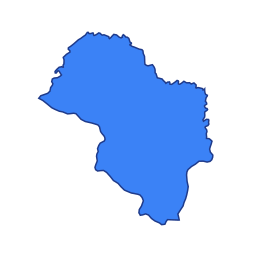 outline of St. John River City, Grand Bassa, Liberia, rotated 81°
{"feature_id": "62588387B7916938294123", "entity_name": "St. John River City", "entity_type": "district", "adm_level": 2, "iso_a3": "LBR", "parent_name": "Liberia", "parent_adm1": "Grand Bassa", "projection": "orthographic", "projection_center": [-10.036, 6.04], "detail": "fine", "context": "isolated", "style": "filled", "palette": "blue", "viewbox_px": 256, "rotation_deg": 81, "n_neighbors": 0, "source": "geoboundaries", "source_scale": "gbopen_adm2", "svg_char_len": 3678}
<svg xmlns="http://www.w3.org/2000/svg" viewBox="0 0 256 256"><g transform="rotate(81 128 128)"><path d="M84.7,211.5L87.5,207.8L92.1,203.6L96.0,200.2L98.1,197.3L100.7,193.2L101.9,189.9L104.6,185.5L104.8,182.8L104.9,179.4L105.7,177.2L108.7,175.2L112.1,173.0L114.9,169.2L117.4,163.0L118.8,160.1L120.2,157.3L122.3,156.0L127.2,155.6L127.7,155.4L129.7,154.4L131.8,153.1L133.3,152.5L135.5,152.4L137.1,153.4L138.6,157.8L140.2,159.2L140.5,159.5L143.6,161.3L146.5,161.1L148.9,162.8L151.0,163.5L155.7,163.5L159.5,165.7L161.7,166.8L164.1,166.5L165.1,165.4L165.7,164.8L165.8,161.8L166.1,158.8L168.5,156.1L173.1,153.1L177.6,150.6L179.0,148.9L181.2,146.4L185.1,144.0L188.7,141.3L189.5,140.1L190.0,139.3L192.7,134.9L193.8,131.8L194.4,130.3L194.9,128.8L196.1,126.6L198.9,124.9L202.3,124.2L207.2,126.9L210.3,129.6L213.5,130.5L215.9,129.5L216.1,129.5L216.1,127.1L215.6,124.0L217.2,121.3L221.0,119.0L224.0,116.0L226.7,111.7L228.7,109.9L228.8,107.9L228.8,106.6L226.2,104.9L224.7,103.3L225.3,100.3L226.5,94.3L226.9,92.1L226.9,91.8L224.5,91.9L220.7,92.2L217.1,89.0L213.6,85.8L210.5,84.4L208.4,83.1L207.4,82.5L207.2,82.3L203.3,80.5L198.9,78.8L195.3,77.7L189.9,78.0L183.5,77.5L180.6,76.7L178.4,75.2L175.9,71.2L174.3,67.2L171.9,63.0L172.1,61.9L172.5,58.9L174.0,55.2L173.8,52.2L172.5,50.3L172.4,50.2L170.2,49.0L170.0,48.9L168.2,48.5L167.9,48.5L165.1,50.2L164.9,50.4L161.8,50.7L161.6,50.7L159.6,49.8L159.4,49.7L156.6,48.2L154.5,47.3L154.3,47.1L154.1,47.1L152.3,48.5L151.2,49.6L150.6,52.1L148.8,51.7L148.7,51.7L147.9,51.7L147.7,51.7L145.6,51.5L144.0,50.6L142.1,50.6L140.6,51.4L139.3,51.8L138.7,51.2L138.1,48.7L136.8,47.5L135.2,47.6L133.2,47.0L132.2,47.1L131.7,49.2L133.1,52.4L132.7,52.5L131.6,52.7L130.1,51.4L129.2,50.6L127.3,50.1L125.6,50.0L124.2,49.7L123.7,48.8L122.8,47.0L122.2,46.5L121.1,46.9L120.5,48.3L118.9,49.0L118.1,49.0L117.4,48.1L116.8,46.6L115.8,46.4L114.8,46.7L113.8,47.4L111.5,46.6L110.1,46.0L109.1,44.9L108.1,44.5L107.0,46.0L105.1,46.5L102.9,46.4L101.5,46.2L101.7,46.4L102.2,47.9L100.8,48.1L100.0,49.9L99.0,52.5L99.2,54.4L98.8,54.7L97.4,54.2L96.1,54.0L95.6,54.4L93.8,55.8L94.4,58.7L92.9,60.1L92.8,61.5L92.5,63.2L91.6,64.3L91.2,64.7L90.6,65.5L92.1,68.1L92.9,70.2L92.5,71.0L92.3,71.3L91.5,71.2L89.8,70.8L89.2,71.1L88.7,72.1L89.8,73.9L91.4,77.2L91.7,78.4L91.2,79.8L89.7,79.6L89.0,79.8L88.9,81.8L89.8,83.6L88.7,84.1L86.6,85.7L85.2,86.5L84.9,86.7L83.9,89.0L83.0,91.2L78.8,91.8L77.7,92.6L75.2,92.2L73.9,92.2L72.1,92.6L71.7,92.8L70.6,93.3L70.0,93.6L69.3,94.0L69.4,95.5L69.7,98.5L69.0,100.0L67.6,101.3L64.8,101.1L63.5,100.9L59.8,100.5L56.7,101.3L55.3,101.2L54.0,101.2L52.8,102.0L52.0,104.2L51.8,104.7L48.9,109.4L48.1,111.1L46.3,113.1L45.8,113.0L45.4,111.5L44.5,111.4L43.4,112.6L42.7,112.7L40.6,113.0L39.6,113.2L38.2,114.5L37.8,116.0L36.1,117.0L35.1,118.1L36.6,119.5L37.5,119.5L37.9,120.8L36.9,122.5L34.3,124.7L33.3,127.4L34.8,129.4L36.0,130.8L36.8,132.3L36.1,132.7L34.8,132.7L34.3,133.5L33.0,135.7L32.2,137.1L32.2,139.0L31.0,140.1L30.1,140.7L29.5,142.0L30.1,143.2L30.7,144.5L31.2,146.0L31.3,147.1L30.7,147.4L29.1,147.5L28.6,147.7L28.9,150.7L28.5,151.9L27.4,152.2L27.2,153.2L28.4,154.4L29.6,155.6L30.4,157.4L32.1,160.6L32.6,161.9L33.1,163.2L36.4,168.4L37.7,170.7L38.5,172.2L39.4,174.3L40.8,174.7L42.7,173.3L44.0,173.5L45.6,177.3L46.9,179.1L47.1,179.4L48.1,180.9L49.1,180.8L50.5,180.5L52.4,180.8L54.7,181.3L55.8,182.3L57.4,182.4L57.7,182.4L57.5,183.4L57.0,184.0L57.2,184.9L57.2,186.5L59.0,189.2L60.7,191.2L62.2,191.3L62.5,190.5L62.0,189.7L61.3,189.2L60.5,188.1L61.2,187.1L64.0,186.0L64.8,185.6L65.2,185.4L66.1,186.6L67.3,189.8L67.1,193.2L67.8,195.1L70.3,196.1L72.4,195.3L73.8,195.9L76.0,198.1L79.4,199.3L81.2,201.9L82.5,209.1L84.7,211.5Z" fill="#3b82f6" stroke="#1e3a8a" stroke-width="1.5"/></g></svg>